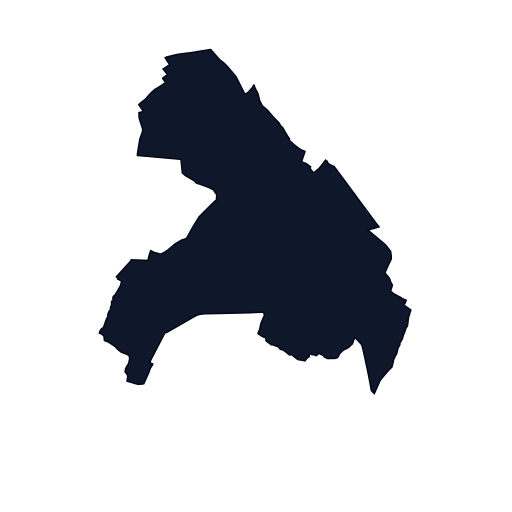 Nong Don, Saraburi, Thailand, rotated 115°
{"feature_id": "78962969B30488240486428", "entity_name": "Nong Don", "entity_type": "district", "adm_level": 2, "iso_a3": "THA", "parent_name": "Thailand", "parent_adm1": "Saraburi", "projection": "orthographic", "projection_center": [100.697, 14.698], "detail": "fine", "context": "isolated", "style": "filled", "palette": "ink", "viewbox_px": 512, "rotation_deg": 115, "n_neighbors": 0, "source": "geoboundaries", "source_scale": "gbopen_adm2", "svg_char_len": 6020}
<svg xmlns="http://www.w3.org/2000/svg" viewBox="0 0 512 512"><g transform="rotate(115 256 256)"><path d="M392.0,365.4L392.0,363.6L392.4,361.1L392.6,360.5L393.1,359.8L395.1,358.6L396.7,357.6L396.4,355.0L396.4,354.0L396.7,351.0L397.5,346.1L397.7,345.1L398.9,342.3L399.4,340.6L400.1,337.6L399.7,331.3L399.7,330.6L399.8,329.7L400.0,329.2L400.1,328.9L401.2,327.9L402.4,327.2L403.2,326.9L405.5,326.5L406.6,326.0L406.9,326.0L411.2,326.5L412.1,326.5L413.1,326.5L413.9,326.4L414.7,326.0L415.2,325.9L415.7,326.0L416.1,325.8L416.4,325.5L417.7,323.0L418.2,322.2L418.9,321.7L420.3,321.0L421.1,320.8L423.5,320.2L423.9,320.0L424.0,319.7L423.4,316.7L423.2,315.7L423.0,313.5L422.3,309.4L422.1,308.6L421.2,306.9L420.2,305.1L419.2,303.7L406.5,303.9L403.3,304.3L402.2,304.3L398.2,303.8L397.5,303.9L397.6,307.1L394.7,307.4L364.3,306.1L363.7,305.4L362.9,304.6L360.6,302.9L341.8,289.7L337.1,286.4L334.6,284.5L332.5,282.1L330.0,278.0L322.4,262.5L310.4,238.3L303.7,225.5L305.7,223.6L306.0,223.4L306.8,223.3L315.0,223.1L319.9,221.9L321.3,221.7L325.2,221.6L325.6,221.1L326.2,216.9L326.3,215.8L326.1,213.2L326.1,212.9L326.2,212.6L326.4,212.3L328.4,211.3L328.6,211.0L328.8,210.6L329.6,206.4L330.0,204.9L330.0,204.4L329.4,203.3L328.9,197.1L329.1,196.7L329.6,196.1L330.1,195.1L330.2,194.5L330.2,194.1L329.7,191.6L330.0,190.0L331.5,183.8L331.4,183.5L330.4,182.4L330.3,182.2L331.8,176.2L332.0,174.9L332.1,174.0L330.9,169.8L330.6,168.5L330.5,167.4L326.6,166.4L326.4,166.3L325.1,165.4L324.8,165.3L324.5,165.3L324.3,165.4L322.4,166.2L322.2,166.1L321.8,165.1L321.6,164.5L321.6,164.2L321.8,163.7L321.7,163.2L321.2,162.3L321.0,161.9L321.0,159.8L320.9,159.6L320.5,159.2L320.1,158.9L319.5,158.6L317.9,158.0L317.6,157.8L317.5,157.5L317.7,155.9L317.7,153.6L318.0,152.4L318.5,151.5L318.7,151.0L318.8,150.6L318.6,149.4L318.7,148.2L318.6,147.8L318.5,147.3L317.6,145.7L315.9,142.0L315.3,141.0L314.6,140.1L313.8,139.4L313.4,139.2L312.9,139.0L311.9,138.9L311.3,138.9L309.6,139.0L309.3,139.0L305.6,137.6L304.6,137.1L302.8,135.9L301.5,134.7L300.5,134.0L299.9,133.7L299.1,133.2L298.4,132.8L297.2,132.6L295.7,131.8L294.9,131.5L290.1,132.0L289.5,132.0L289.1,131.9L288.6,131.2L288.3,130.9L291.7,122.8L293.7,120.9L294.4,120.4L302.9,113.8L305.4,112.0L311.7,107.2L322.2,99.5L328.8,94.9L329.2,94.5L329.4,94.2L329.6,93.8L330.7,90.6L327.4,90.7L316.6,90.9L314.8,90.6L304.1,87.7L298.9,85.8L298.5,86.2L298.3,86.2L297.5,86.3L296.6,86.3L294.5,86.8L291.9,87.4L287.9,87.5L285.1,87.2L281.9,87.8L280.2,88.3L278.7,88.3L275.6,88.1L273.9,88.9L273.7,88.9L272.4,88.5L270.5,88.6L269.5,88.3L266.1,88.9L264.7,89.0L261.9,89.1L258.9,89.5L257.9,89.6L255.6,89.2L255.2,89.3L254.5,89.4L249.8,91.0L247.3,91.7L246.2,92.0L245.9,92.1L244.6,92.0L244.3,92.0L243.8,92.3L242.9,92.5L239.8,92.7L239.5,92.8L239.5,93.0L239.1,94.9L238.5,98.6L237.8,101.2L237.6,101.5L237.1,101.7L236.8,101.7L235.9,101.4L236.0,100.9L235.9,100.9L232.6,101.2L232.8,106.6L232.4,106.7L232.2,112.5L231.9,115.5L231.6,116.9L230.7,119.4L229.2,119.4L227.9,119.6L225.0,120.0L224.5,120.3L223.6,121.7L221.9,123.8L221.0,124.4L220.3,125.0L219.1,127.1L216.8,132.1L208.5,132.2L202.1,132.1L201.1,132.3L198.0,133.9L197.5,134.3L195.2,135.7L194.6,136.5L191.4,142.8L190.6,145.2L185.6,164.0L185.0,165.3L177.6,156.8L175.7,160.7L174.7,162.5L160.4,188.9L158.7,191.8L154.9,199.0L151.1,205.9L141.7,223.4L141.8,223.5L142.1,223.5L142.2,224.5L142.0,224.9L141.9,225.1L142.0,227.1L141.9,227.9L141.2,230.7L141.0,231.3L140.2,231.2L139.7,233.5L145.9,234.8L150.3,236.0L153.8,237.7L156.4,239.0L153.4,244.7L153.0,244.5L152.3,244.2L152.1,244.2L152.1,244.3L151.1,248.9L151.1,250.9L151.4,254.4L151.3,254.5L146.7,255.1L140.7,255.7L140.5,255.8L140.5,256.0L140.7,259.7L140.6,260.5L140.4,262.3L140.2,263.3L139.0,268.6L138.3,271.0L137.5,273.3L136.5,275.5L136.4,275.5L135.6,275.2L133.6,278.6L130.6,283.0L129.2,284.8L128.5,285.8L127.9,287.7L127.3,289.1L125.7,291.3L122.0,300.7L119.1,307.0L118.0,310.9L117.3,313.4L117.0,314.0L114.1,317.8L113.1,318.8L108.3,322.6L106.4,324.9L105.1,326.7L104.3,327.6L103.0,329.0L101.9,329.8L101.9,330.0L102.1,330.2L105.5,330.7L109.6,331.8L112.1,332.9L112.6,333.2L113.0,333.6L113.6,334.5L113.7,334.9L103.8,347.5L101.9,349.9L96.2,362.3L94.8,366.0L94.4,367.6L93.6,371.4L93.3,372.2L88.0,384.4L100.0,402.1L101.6,404.8L106.7,412.8L108.5,415.0L113.3,421.0L114.7,422.1L117.0,418.6L118.2,416.5L119.0,415.1L124.4,418.3L125.8,419.3L128.7,413.4L129.0,413.0L129.4,413.0L133.9,415.6L134.3,415.7L134.7,415.4L137.0,411.2L141.7,414.0L147.7,418.0L151.3,419.6L152.9,420.2L156.6,421.4L160.4,422.4L165.4,425.0L168.2,426.2L168.5,426.1L172.4,419.4L172.6,419.4L173.9,420.6L175.5,422.7L176.3,422.2L177.8,421.6L178.9,421.0L179.5,420.7L180.0,420.4L180.9,419.7L181.7,419.0L185.9,415.1L188.4,412.7L190.9,411.5L199.0,410.7L212.3,407.0L214.4,406.3L214.9,406.1L215.0,405.8L210.7,394.2L200.3,365.4L200.4,364.7L211.8,357.9L213.0,353.9L213.9,343.9L214.0,343.2L214.9,341.6L215.1,340.9L215.1,340.3L214.8,338.6L214.5,335.9L214.0,330.4L213.9,326.9L214.0,322.3L215.0,321.1L215.4,320.5L216.2,319.0L216.7,317.9L216.9,317.7L217.1,317.5L217.5,317.2L220.2,316.3L221.6,315.5L223.5,316.4L228.0,318.1L244.4,324.1L256.2,325.5L269.1,326.4L270.0,326.9L272.8,330.0L275.6,332.0L279.4,334.5L284.1,336.7L287.8,338.4L291.3,340.5L294.5,343.1L295.1,345.0L295.1,346.3L295.8,349.8L295.8,350.9L295.6,353.4L295.6,353.6L296.1,353.7L296.9,353.6L299.6,353.3L305.7,352.1L312.2,367.6L313.1,367.3L333.9,373.8L334.1,373.2L334.7,371.5L335.4,371.5L335.4,368.9L335.5,367.5L335.6,367.3L337.3,366.8L340.3,366.3L341.0,366.3L342.6,366.5L347.6,366.9L350.5,367.3L351.5,367.5L351.8,367.6L352.5,368.1L352.9,368.2L353.3,368.2L354.9,367.9L356.1,367.0L356.5,366.8L356.9,366.6L357.1,366.7L357.7,367.5L357.9,367.7L358.0,367.7L359.2,367.3L360.3,366.7L362.0,366.1L362.4,366.1L363.4,366.2L363.9,366.2L364.2,366.2L365.1,365.6L366.2,365.4L366.6,365.4L367.1,365.6L367.6,365.7L369.3,365.7L370.7,365.7L371.5,365.6L372.1,365.2L372.4,365.1L373.8,364.8L377.5,364.8L383.4,364.2L385.0,364.1L385.6,364.2L386.0,364.4L386.8,365.0L387.5,365.3L388.3,365.6L390.3,365.6L391.0,365.6L392.0,365.4Z" fill="#0f172a" stroke="#020617" stroke-width="1.5"/></g></svg>